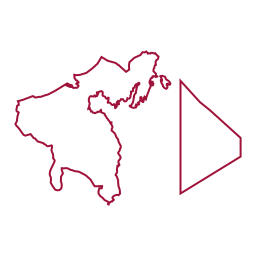 Yunguyo, Puno, Peru
{"feature_id": "86281439B12853794750589", "entity_name": "Yunguyo", "entity_type": "district", "adm_level": 2, "iso_a3": "PER", "parent_name": "Peru", "parent_adm1": "Puno", "projection": "robinson", "projection_center": [-69.037, -16.305], "detail": "fine", "context": "isolated", "style": "outline", "palette": "rose", "viewbox_px": 256, "rotation_deg": 0, "n_neighbors": 0, "source": "geoboundaries", "source_scale": "gbopen_adm2", "svg_char_len": 5722}
<svg xmlns="http://www.w3.org/2000/svg" viewBox="0 0 256 256"><path d="M108.6,204.5L108.8,203.7L109.7,202.3L110.5,202.2L111.4,201.3L112.4,201.4L112.9,200.4L113.8,199.9L113.8,199.5L112.6,198.4L112.5,197.3L113.2,196.5L114.0,195.8L116.2,195.0L117.2,194.8L118.5,195.2L120.1,193.6L119.8,192.0L119.9,190.8L119.2,188.0L118.4,185.8L118.4,184.5L118.2,183.6L118.1,180.1L116.7,176.3L115.6,175.0L115.9,174.0L116.7,173.2L117.2,171.4L116.9,169.8L117.0,168.2L117.4,166.8L117.4,165.7L117.8,165.5L118.4,166.0L119.4,164.9L118.5,162.7L118.4,161.6L118.6,160.8L120.3,158.7L120.6,157.3L120.0,155.8L118.2,153.4L118.1,153.1L118.4,152.3L119.7,150.4L120.0,148.8L120.6,148.2L120.8,146.0L118.6,141.9L118.1,139.4L117.6,138.6L116.8,137.9L115.7,135.5L115.3,134.1L114.0,132.6L111.6,130.5L111.8,128.7L112.3,127.9L112.5,126.8L112.0,125.8L111.7,124.8L110.8,123.8L111.5,122.8L111.5,122.3L111.3,122.3L110.3,122.9L109.1,120.8L108.2,119.9L107.6,118.8L106.8,118.1L106.0,116.3L104.8,115.1L104.8,114.1L104.6,113.7L101.2,112.3L100.9,111.8L101.2,110.4L101.0,110.0L99.1,111.8L98.2,111.9L97.7,111.7L97.1,112.3L96.2,112.5L95.3,113.1L94.9,113.2L92.7,112.5L92.4,111.8L91.7,111.3L91.0,111.5L90.6,110.0L90.0,109.4L89.9,108.5L88.3,108.9L88.5,107.9L89.2,106.7L89.2,105.4L89.7,103.9L89.6,103.1L88.8,101.0L88.9,98.7L89.7,96.9L90.7,96.1L93.7,96.6L94.1,96.4L94.3,95.5L95.4,95.6L95.8,96.4L96.5,95.9L97.0,96.0L98.1,93.6L97.8,93.4L97.1,93.9L96.8,93.1L97.0,92.3L98.7,92.1L99.9,91.4L101.6,91.2L102.6,92.0L102.8,93.5L102.5,94.6L102.7,95.6L105.2,96.9L105.9,98.2L106.4,98.7L107.0,98.7L108.1,97.7L108.6,97.9L108.5,100.0L107.7,102.1L107.9,102.7L109.2,102.6L110.2,102.9L111.4,104.4L112.2,105.0L113.0,105.0L113.8,104.2L114.3,104.3L114.6,104.7L115.0,106.2L115.1,108.0L115.3,108.1L116.3,107.1L116.9,106.1L116.9,105.3L116.5,104.1L117.0,103.9L116.9,103.3L118.1,103.6L118.7,104.3L119.0,104.1L118.9,103.3L118.5,102.1L117.5,101.6L118.1,100.9L119.6,101.1L120.6,100.2L120.8,99.3L122.3,99.1L123.3,99.5L123.7,100.6L124.2,101.2L125.3,101.5L126.3,101.0L126.8,100.4L127.4,98.3L127.8,98.6L128.9,98.7L129.5,98.5L130.5,96.9L130.3,95.9L130.8,94.7L131.1,93.3L131.0,91.6L132.1,91.5L133.1,90.8L133.0,88.8L133.4,87.9L134.5,87.7L134.8,86.9L134.9,85.8L136.0,84.3L137.4,84.0L137.8,83.4L138.9,82.8L139.4,83.2L139.3,83.9L138.9,84.6L137.7,85.4L137.1,86.2L136.2,90.6L135.8,91.6L136.0,92.8L134.8,94.1L134.1,95.6L133.9,96.5L134.1,97.1L133.6,98.5L133.4,100.4L132.8,102.8L131.8,104.3L130.8,106.4L130.6,106.4L129.9,105.7L129.7,105.9L130.6,106.9L133.4,107.9L135.8,107.5L136.4,106.7L136.6,106.1L136.4,105.6L136.0,106.2L135.6,105.8L136.1,104.7L136.5,105.2L137.0,104.7L138.7,104.7L139.1,104.2L139.1,103.9L138.3,103.3L138.0,102.6L139.3,102.0L140.0,100.9L140.4,99.8L140.3,97.4L141.0,97.0L141.3,97.2L141.9,101.0L142.3,101.7L142.7,102.0L143.2,102.0L143.4,101.7L143.8,99.3L143.6,98.1L144.2,97.6L144.6,96.6L144.9,96.8L145.5,99.3L145.9,99.5L146.2,97.9L147.9,93.0L148.7,91.2L149.0,90.0L151.0,85.7L150.6,85.5L150.3,84.4L149.6,83.0L149.6,82.6L150.6,82.3L151.5,82.8L152.2,83.6L152.6,85.0L152.9,85.3L153.1,85.1L153.3,83.4L152.8,82.9L152.6,81.8L151.8,81.9L151.1,81.4L149.8,81.1L150.7,78.7L151.3,78.0L152.5,77.7L152.7,77.2L152.4,76.8L152.5,76.4L153.2,76.1L154.1,76.1L155.5,76.9L156.6,76.9L157.2,76.5L156.0,75.2L156.0,73.9L153.4,71.1L153.6,69.1L154.2,67.9L154.8,65.4L155.9,64.9L155.5,63.5L155.8,62.7L155.6,61.7L156.4,60.1L157.7,59.3L158.3,57.7L158.5,56.5L157.5,55.8L155.1,53.2L154.6,53.6L152.5,52.9L151.4,52.8L150.8,53.0L150.2,53.6L148.9,53.2L147.8,53.6L147.3,52.6L146.2,51.5L144.7,52.4L142.5,52.2L140.5,55.0L134.3,57.8L129.4,62.3L129.0,65.5L129.2,69.6L126.1,71.8L120.0,66.4L119.2,65.4L117.7,64.8L116.8,63.7L114.8,62.7L107.8,60.8L101.5,57.0L97.5,63.7L92.3,68.4L86.4,72.9L80.2,74.8L78.0,75.1L75.2,75.1L74.3,74.7L74.1,75.0L74.6,76.0L74.3,77.2L74.7,78.2L76.0,80.2L77.0,80.5L77.5,81.2L78.6,82.2L78.5,82.7L77.5,83.2L76.7,83.2L76.3,83.8L78.5,85.5L78.5,85.9L77.3,87.7L73.2,87.9L72.8,87.5L72.2,86.1L71.6,86.2L71.4,87.0L71.1,87.1L69.1,86.6L65.9,85.1L65.8,84.9L66.0,84.8L67.3,85.1L68.1,84.8L69.6,85.3L71.7,85.4L71.6,85.1L70.7,85.1L68.1,84.0L67.2,83.4L54.8,91.0L47.8,94.6L46.0,95.0L40.9,96.8L38.5,96.9L36.0,97.5L34.7,97.3L33.6,96.3L32.5,96.2L23.0,99.8L17.9,101.2L18.6,102.6L18.7,105.0L17.7,105.3L17.1,106.0L16.4,110.0L16.7,111.1L17.1,111.6L18.5,112.2L18.7,112.5L17.5,116.2L16.8,121.4L15.4,124.0L16.1,125.3L19.1,128.6L22.5,133.5L23.9,135.1L25.5,135.6L30.6,134.1L33.6,138.0L35.1,138.5L37.6,141.4L43.5,143.2L44.0,144.0L45.2,144.4L46.8,145.9L47.8,146.2L49.2,146.1L51.5,145.4L51.9,145.7L52.1,147.3L51.4,149.8L51.9,151.8L53.0,154.3L53.2,156.5L53.1,158.3L54.0,159.3L54.5,160.1L54.7,161.0L53.1,164.7L51.3,168.2L50.3,170.7L50.0,171.7L49.7,173.8L49.9,175.2L50.9,177.6L50.8,178.5L51.0,179.5L50.7,182.1L50.9,183.0L52.5,185.9L54.8,189.2L55.6,189.9L56.4,190.1L57.7,190.3L59.1,190.1L60.2,189.5L61.0,188.8L61.5,187.5L61.8,185.4L61.4,182.7L60.9,181.3L61.0,176.6L62.9,173.5L61.7,169.6L61.7,168.2L62.2,168.1L63.4,168.4L66.1,168.1L68.2,168.5L70.3,169.8L72.1,170.1L74.2,171.0L78.7,171.7L80.5,172.5L85.6,175.2L90.5,179.5L94.4,186.0L94.9,186.3L102.1,186.1L102.0,187.8L101.6,188.3L99.3,188.3L99.2,188.6L98.4,191.9L98.7,193.8L100.2,196.0L102.6,197.8L104.5,200.0L108.3,201.9L108.4,202.9L108.0,204.0L108.1,204.3L108.6,204.5ZM240.6,156.6L240.6,137.9L209.7,110.0L200.0,102.2L180.5,80.8L180.5,193.5L240.6,156.6ZM168.8,81.1L166.3,79.5L165.6,78.3L165.4,77.3L165.0,76.8L162.5,75.9L161.1,75.9L160.4,76.2L160.7,76.5L160.8,77.1L161.5,78.3L162.1,80.0L161.9,81.0L161.7,81.2L161.0,79.6L160.8,80.0L160.9,81.1L161.6,83.3L162.1,83.7L162.3,84.5L162.8,84.9L163.0,86.4L164.2,87.7L165.2,88.4L166.3,88.8L167.2,88.0L167.4,87.3L167.3,86.5L167.5,86.1L167.4,85.6L166.7,85.1L166.9,83.9L167.8,83.7L169.5,84.7L170.1,84.4L170.3,83.7L170.2,83.0L168.8,81.1Z" fill="none" stroke="#9f1239" stroke-width="2"/></svg>